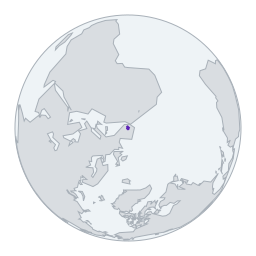 the Earth from above Córdoba, rotated 194°
{"feature_id": "ESP-5817", "entity_name": "Córdoba", "entity_type": "Autonomous Community", "adm_level": 1, "iso_a3": "ESP", "parent_name": "Spain", "parent_adm1": "", "projection": "orthographic", "projection_center": [-4.923, 37.957], "detail": "fine", "context": "on_globe", "style": "filled", "palette": "violet", "viewbox_px": 256, "rotation_deg": 194, "n_neighbors": 0, "source": "natural_earth", "source_scale": "10m", "svg_char_len": 9738}
<svg xmlns="http://www.w3.org/2000/svg" viewBox="0 0 256 256"><g transform="rotate(194 128 128)"><circle cx="128" cy="128" r="113" fill="#eef3f6" stroke="#a8b0b8"/><path d="M36.8,194.1L31.7,185.3L29.4,180.8L24.9,172.2L19.2,153.8L19.4,150.2L18.7,146.4L21.0,143.2L21.3,134.9L20.7,132.3L19.6,133.5L18.5,123.7L19.3,116.3L22.2,90.3L23.9,85.8L26.1,81.3L38.0,61.2L27.8,77.1L30.3,72.2L34.4,65.6L34.6,65.5L40.7,57.5L44.5,52.8L53.2,44.5L62.8,38.9L60.1,41.0L62.7,39.7L66.3,37.0L68.0,35.6L81.9,29.5L94.4,23.8L96.4,22.0L97.5,22.6L99.9,19.7L105.4,17.9L100.4,20.0L100.8,20.3L105.2,19.0L106.5,19.1L109.4,18.6L110.7,18.9L107.6,20.4L108.4,20.7L111.4,19.8L114.6,19.8L110.0,21.0L115.1,21.2L110.9,24.4L97.7,28.6L96.5,31.6L86.0,39.6L88.1,39.5L85.4,42.9L86.9,44.1L84.5,45.5L87.8,45.3L89.7,43.9L91.7,43.4L92.7,44.0L89.9,45.8L89.0,45.8L88.7,46.7L86.8,47.3L88.3,47.4L84.7,49.7L89.8,48.5L88.2,51.2L85.4,52.5L83.8,50.9L73.2,50.8L69.9,52.1L66.9,55.2L65.2,63.8L62.3,66.0L59.8,70.0L62.3,69.3L65.1,66.0L69.1,66.0L72.0,62.2L74.1,61.7L77.9,58.7L79.4,60.8L78.7,64.6L75.6,67.4L75.3,69.2L79.9,68.1L75.7,75.1L75.8,83.0L74.5,84.8L68.9,85.1L64.7,80.9L57.5,82.4L64.2,83.3L60.8,88.1L61.1,89.8L62.5,90.8L64.6,89.7L63.9,91.9L57.0,91.6L57.5,89.6L59.7,89.6L57.7,87.8L53.0,88.1L51.7,90.8L46.0,89.3L45.0,91.3L43.2,92.2L45.2,89.0L41.5,94.9L34.6,95.6L29.4,105.9L32.3,95.4L31.9,91.9L31.0,88.9L30.1,90.5L30.2,85.1L28.1,84.5L24.0,90.8L21.4,98.2L21.6,103.3L23.2,101.4L24.2,104.2L20.3,110.6L21.5,117.9L19.5,124.0L19.5,129.2L20.9,131.3L22.1,135.9L24.1,134.2L26.9,135.5L25.8,141.0L28.2,137.9L29.1,142.4L35.2,148.6L34.5,149.4L39.5,161.0L46.7,169.1L48.3,174.2L47.3,176.0L50.2,178.5L50.3,180.0L63.4,189.1L71.4,196.0L72.0,201.0L67.0,204.2L66.6,213.2L58.7,211.5L59.4,214.4L58.0,215.8L52.8,211.7L57.2,215.5L56.9,215.4L49.6,208.9L42.9,201.7L36.8,194.1ZM27.6,108.9L29.2,120.2L26.8,117.1L27.5,116.9L27.4,113.3L26.8,108.3L25.1,106.0L27.6,108.9ZM31.7,106.5L31.3,105.0L31.9,106.1L31.7,106.5ZM68.6,35.1L66.2,37.0L62.5,39.5L64.3,37.8L68.6,35.1ZM75.9,30.9L75.2,31.7L72.3,32.7L73.6,32.0L75.9,30.9ZM97.5,20.9L95.3,21.8L96.9,21.0L97.5,20.9ZM109.6,18.4L109.8,18.2L111.2,18.1L109.6,18.4ZM76.8,57.7L77.3,58.2L76.4,58.5L76.8,57.7ZM78.0,56.1L76.5,56.1L76.9,55.3L77.8,55.3L78.0,56.1ZM114.4,18.5L116.6,18.5L113.9,18.8L114.4,18.5ZM79.8,56.2L77.6,54.0L78.3,52.6L82.3,51.5L79.8,56.2ZM117.6,18.7L123.0,18.9L123.9,18.3L124.5,20.3L119.7,19.3L116.1,19.6L118.0,19.1L117.6,18.7ZM89.8,43.1L87.8,44.7L88.5,42.8L89.8,43.1ZM89.7,42.0L88.9,37.3L92.3,35.5L91.9,37.4L95.6,34.7L97.7,36.0L96.1,37.8L93.5,38.7L96.3,38.6L89.7,42.0ZM124.0,21.5L124.9,21.9L123.4,21.8L124.0,21.5ZM92.6,43.0L92.1,42.1L95.0,40.5L96.5,41.9L95.1,42.0L92.6,43.0ZM95.5,33.4L98.0,32.5L100.3,33.3L101.6,33.1L98.0,35.9L95.5,33.4ZM95.0,42.7L97.2,42.7L96.8,44.2L93.2,43.8L95.0,42.7ZM95.2,39.5L96.6,38.8L96.3,39.6L95.2,39.5ZM96.5,49.7L95.9,48.5L97.3,47.5L96.5,49.7ZM98.1,42.6L98.2,42.1L98.7,41.6L100.1,42.0L98.1,42.6ZM99.9,36.4L100.4,37.0L101.5,35.3L103.3,36.0L100.6,37.8L102.5,37.3L103.1,37.5L100.3,38.8L99.9,36.4ZM103.0,40.9L100.1,43.7L101.0,46.0L99.7,46.9L98.6,43.1L103.0,40.9ZM101.6,39.5L102.2,40.6L100.3,41.1L98.8,40.7L101.6,39.5ZM105.5,35.9L103.5,34.3L104.1,34.0L105.5,35.9ZM103.6,41.5L104.3,40.8L103.9,41.6L103.6,41.5ZM105.4,37.4L104.5,36.9L105.3,36.5L105.4,37.4ZM106.3,40.0L105.4,40.8L104.3,40.6L106.3,40.0ZM106.2,38.7L107.4,38.4L104.5,40.0L105.7,38.5L106.2,38.7ZM106.2,37.2L106.4,36.8L106.5,37.5L106.2,37.2ZM110.9,40.7L107.4,42.8L105.1,42.1L108.8,40.1L110.9,40.7ZM194.5,37.1L198.9,40.6L196.3,38.6L201.2,42.6L202.3,43.4L199.7,41.1L206.1,46.8L212.1,53.0L217.5,59.7L222.5,66.7L226.9,74.1L230.7,81.8L234.0,89.8L233.4,88.3L234.9,92.9L233.6,89.7L231.2,86.6L232.7,93.3L236.0,109.2L238.3,118.2L238.6,124.7L234.1,116.9L230.4,109.6L229.8,112.7L224.4,109.9L217.9,118.4L216.0,117.0L215.0,119.7L211.0,120.3L207.8,117.7L205.8,119.8L214.0,126.6L216.1,124.3L216.5,118.3L218.5,121.4L222.2,121.6L221.4,134.6L210.2,153.4L207.6,147.1L191.3,133.4L190.9,130.8L190.8,130.6L190.5,130.2L190.6,134.6L187.3,131.6L197.6,142.6L200.0,148.1L210.1,154.0L209.5,155.6L212.3,156.1L219.4,147.4L219.7,149.7L217.3,163.4L206.2,184.8L206.8,192.4L204.5,199.7L195.7,208.2L194.6,212.5L189.8,216.1L188.2,218.6L183.3,222.5L175.7,227.0L164.9,230.5L165.7,228.8L162.5,226.4L158.8,217.1L163.1,210.8L162.7,206.3L154.7,197.0L156.6,190.2L154.1,187.8L149.1,189.3L146.0,186.3L142.8,186.6L122.0,190.2L114.8,185.7L104.0,170.8L107.2,165.0L106.2,157.8L126.4,132.3L132.4,133.4L150.3,127.5L152.9,127.9L152.6,134.2L167.6,137.9L170.2,131.9L181.8,131.8L188.4,128.7L187.4,116.9L176.6,121.8L172.9,117.4L180.0,108.9L189.1,104.8L188.0,103.0L180.7,101.4L181.1,96.6L177.9,100.6L180.4,101.8L178.5,104.5L176.1,103.5L176.3,101.8L173.1,102.2L172.7,110.9L175.2,113.1L167.8,117.5L171.2,121.7L169.7,124.8L163.4,118.8L162.8,116.0L152.4,110.4L152.3,113.7L162.2,119.3L159.8,119.3L159.9,124.3L158.0,120.6L147.2,114.0L139.5,117.5L132.4,130.5L127.3,132.0L121.8,130.0L121.6,117.9L133.0,116.0L133.1,112.1L128.4,107.0L132.3,107.0L131.8,104.9L135.9,104.0L139.3,98.0L143.1,96.7L142.2,90.0L144.1,88.5L144.1,92.8L146.1,95.3L155.3,92.4L156.4,90.6L155.1,86.6L157.8,86.5L155.3,83.0L159.5,79.7L152.4,80.9L150.6,76.7L151.9,72.6L150.1,71.5L148.0,78.3L148.3,80.9L150.6,82.7L150.3,90.4L147.6,92.4L143.1,85.5L138.8,87.7L137.1,81.7L143.9,66.5L147.8,62.7L159.1,64.4L159.4,67.4L155.6,68.1L161.2,71.0L159.7,69.0L162.0,69.1L160.9,65.4L162.4,65.3L158.8,62.1L160.5,61.6L162.8,63.6L162.7,58.2L165.7,56.4L165.0,55.2L163.3,54.5L168.3,53.0L167.5,52.2L165.6,52.4L162.7,51.1L159.7,48.3L161.6,47.9L163.0,48.9L168.6,50.5L171.9,53.3L172.4,52.9L170.0,50.4L163.1,48.4L160.7,46.8L164.0,47.3L162.6,47.0L162.0,46.2L163.2,45.0L159.6,44.3L150.7,36.4L152.1,33.7L156.0,34.8L151.7,29.7L153.7,27.7L151.9,27.8L148.6,25.8L148.0,26.4L146.9,26.3L138.2,22.3L137.7,21.2L131.9,20.2L131.0,20.3L131.1,21.0L124.5,20.3L123.9,18.3L126.0,18.1L124.2,17.2L129.3,17.0L132.7,16.5L139.3,17.1L141.4,17.0L140.4,16.7L142.5,16.5L150.2,17.6L148.3,17.8L137.6,17.8L142.3,17.8L142.5,18.2L145.0,18.6L148.2,18.7L147.8,18.4L159.5,21.9L169.8,24.8L166.0,22.8L166.3,22.5L174.7,25.5L181.1,28.7L187.9,32.6L194.5,37.1ZM121.5,145.7L121.5,148.0L121.5,145.7ZM200.3,106.0L204.8,102.9L200.1,97.8L201.4,96.2L199.3,95.2L199.7,97.4L194.3,94.3L195.2,90.8L193.3,88.3L191.7,89.3L190.8,96.3L198.7,100.7L198.8,104.2L200.3,106.0ZM35.4,148.7L36.1,150.5L35.0,149.6L35.4,148.7ZM25.7,118.8L26.4,120.3L26.5,121.9L25.8,121.1L25.7,118.8ZM33.5,130.5L34.7,132.5L33.2,131.3L33.5,130.5ZM29.6,121.9L32.6,129.1L29.6,127.5L27.8,123.0L29.5,124.8L29.6,121.9ZM29.8,109.0L30.1,110.3L29.4,111.0L29.8,109.0ZM32.2,107.3L31.9,107.1L32.1,105.8L32.2,107.3ZM61.3,88.1L61.8,88.2L62.8,89.6L61.6,89.7L61.3,88.1ZM71.8,91.7L70.4,95.1L70.6,92.6L68.6,93.3L66.5,89.1L73.7,85.5L70.8,87.8L71.8,91.7ZM65.7,82.8L66.2,85.6L65.4,82.7L65.7,82.8ZM125.0,94.7L127.2,95.8L126.7,98.5L121.9,100.8L122.5,97.0L125.0,94.7ZM130.3,96.9L127.1,89.7L130.0,88.2L128.9,90.2L131.1,89.9L130.0,93.1L135.8,99.0L135.8,101.8L126.9,104.2L129.8,101.7L127.6,100.7L130.3,96.9ZM113.9,76.6L112.5,74.1L120.5,73.9L120.8,76.2L116.1,78.6L112.9,77.2L113.9,76.6ZM87.3,54.9L86.3,54.5L87.1,53.9L88.6,53.8L87.3,54.9ZM96.1,49.2L92.6,56.5L91.3,56.3L90.9,61.2L87.2,62.6L87.6,59.3L84.4,64.2L83.3,61.9L81.5,65.3L82.8,57.9L81.6,56.2L84.3,57.5L87.7,56.2L88.9,55.1L91.3,50.9L90.5,46.9L93.7,45.2L96.3,45.1L97.0,45.8L94.6,46.6L97.2,47.0L94.4,48.7L96.1,49.2ZM124.1,48.3L121.1,48.4L125.8,50.6L123.0,51.9L123.7,52.1L122.4,54.0L122.1,56.6L120.5,56.9L121.0,57.9L120.2,59.2L120.4,60.7L117.7,61.8L117.7,63.7L116.4,63.2L117.2,66.2L115.4,64.5L114.1,66.2L116.5,66.9L101.2,70.8L96.2,74.2L93.1,78.1L90.4,75.0L91.6,69.5L95.0,63.7L100.2,61.1L98.0,60.3L99.9,58.9L100.8,60.1L100.5,57.5L102.3,56.6L105.3,52.3L103.7,49.2L104.8,47.7L106.3,48.5L106.3,46.4L109.9,46.9L110.8,45.9L115.2,45.5L117.6,47.9L118.4,46.5L121.7,46.4L124.1,48.3ZM112.1,40.6L115.7,42.9L115.9,44.8L108.2,44.7L106.9,45.6L101.9,45.9L101.8,43.2L103.2,43.3L104.5,42.8L104.1,43.9L105.5,42.7L107.5,42.9L109.1,42.1L109.8,43.0L112.1,40.6ZM154.6,125.1L156.4,125.0L158.9,124.0L159.0,127.3L154.6,125.1ZM147.3,120.8L148.7,120.0L150.0,123.9L148.2,124.2L147.3,120.8ZM148.4,116.5L148.7,119.7L147.4,118.1L148.4,116.5ZM145.3,92.0L146.7,91.2L147.3,92.0L147.0,93.6L145.3,92.0ZM137.6,56.2L135.9,55.7L136.0,55.1L133.4,52.6L135.3,51.6L137.6,52.7L137.6,56.2ZM186.2,119.6L185.0,122.6L183.7,122.1L184.4,121.2L186.2,119.6ZM171.8,125.6L175.6,125.7L171.8,126.4L171.8,125.6ZM139.3,54.7L138.0,53.8L139.7,53.8L139.3,54.7ZM136.5,50.8L138.4,50.6L135.2,51.2L136.5,50.8ZM217.5,189.3L208.5,204.1L205.0,206.7L205.8,204.2L210.1,196.1L214.6,191.1L217.3,186.2L217.5,189.3ZM238.6,118.7L239.7,122.1L239.6,124.4L238.6,118.7ZM153.6,46.5L155.2,50.9L157.6,53.7L161.0,54.7L157.0,55.4L153.3,50.9L153.6,46.5ZM150.8,37.6L147.9,37.0L148.7,36.2L149.5,36.2L150.8,37.6ZM149.4,37.9L146.8,39.2L144.8,38.2L147.3,37.4L149.4,37.9ZM143.2,46.5L143.5,47.8L142.1,47.7L143.2,46.5ZM170.0,23.5L165.0,22.2L163.2,21.7L165.4,21.8L166.8,22.3L168.6,22.9L168.7,23.0L170.0,23.5ZM125.7,21.6L124.9,21.9L124.8,21.4L125.7,21.6ZM146.6,26.7L145.1,26.5L145.0,25.9L146.6,26.7ZM140.8,25.8L142.0,26.6L140.0,25.9L140.8,25.8ZM144.7,28.5L142.0,27.0L145.7,28.2L144.7,28.5Z" fill="#d9dde1" stroke="#a8b0b8" stroke-width="1"/><path d="M129.4,129.1L129.2,129.2L129.1,129.3L128.9,129.5L128.8,129.3L128.7,129.3L128.6,129.5L128.5,129.4L128.4,129.4L128.4,129.2L128.2,129.2L128.0,128.9L128.0,128.7L127.9,128.7L128.0,128.6L127.9,128.6L127.7,128.5L127.4,128.7L127.2,128.6L127.3,128.5L127.4,128.4L127.3,128.2L127.2,128.1L127.1,127.8L127.0,127.7L127.1,127.4L127.0,127.2L127.2,126.9L127.3,126.9L127.4,126.7L127.5,126.7L127.8,126.5L128.0,126.6L128.3,126.8L128.5,126.9L128.5,127.0L128.8,127.2L129.0,127.2L129.1,127.3L129.1,127.5L129.0,127.8L129.0,128.0L129.0,128.3L129.1,128.5L129.3,128.8L129.4,129.0L129.4,129.1Z" fill="#8b5cf6" stroke="#5b21b6" stroke-width="1.5"/></g></svg>